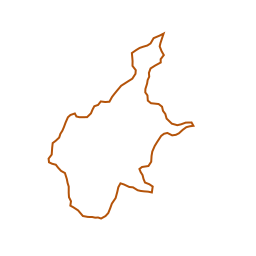 Adelândia, Goiás, Brazil (Natural Earth projection), rotated 214°
{"feature_id": "56859067B13956075802223", "entity_name": "Adelândia", "entity_type": "district", "adm_level": 2, "iso_a3": "BRA", "parent_name": "Brazil", "parent_adm1": "Goiás", "projection": "natural_earth1", "projection_center": [-50.188, -16.386], "detail": "fine", "context": "isolated", "style": "outline", "palette": "amber", "viewbox_px": 256, "rotation_deg": 214, "n_neighbors": 0, "source": "geoboundaries", "source_scale": "gbopen_adm2", "svg_char_len": 1653}
<svg xmlns="http://www.w3.org/2000/svg" viewBox="0 0 256 256"><g transform="rotate(214 128 128)"><path d="M176.7,58.2L174.3,55.4L171.0,55.9L167.3,57.2L163.7,56.0L159.5,55.0L155.1,55.4L150.2,51.5L147.3,48.6L144.4,46.3L140.9,41.1L138.2,37.6L134.3,35.4L132.4,31.4L129.0,31.7L123.3,31.8L116.2,29.8L111.4,31.9L107.9,34.2L105.1,35.3L102.7,37.1L99.7,37.9L97.4,42.4L96.8,46.5L97.9,51.6L99.1,56.3L99.1,63.0L101.0,68.6L102.9,73.5L103.3,77.9L99.9,78.9L94.0,79.8L90.7,81.6L85.2,81.8L82.3,82.9L79.0,84.6L75.7,86.5L72.2,87.9L74.8,93.3L78.9,93.3L83.4,92.3L86.6,94.4L89.6,97.1L92.8,98.5L95.6,100.4L94.6,103.5L89.8,107.9L89.9,113.0L92.9,118.1L94.7,122.1L95.8,128.0L96.0,132.5L96.1,140.0L94.9,143.4L92.6,145.9L87.3,146.6L84.5,149.1L82.8,152.1L81.6,157.1L80.1,161.3L77.7,164.0L75.0,166.4L78.4,168.1L83.1,164.8L86.1,160.7L88.7,157.9L94.1,156.1L101.3,157.4L104.9,160.5L108.6,161.8L111.7,164.7L116.0,165.0L122.8,161.4L126.9,161.8L130.1,165.9L133.6,167.2L135.4,170.1L137.0,175.5L138.5,178.7L139.1,182.4L141.5,185.4L142.6,190.0L140.4,195.0L137.5,200.6L139.4,203.3L139.1,208.5L143.2,210.5L147.4,213.4L148.6,216.6L151.3,226.2L153.3,222.5L157.0,216.8L156.6,210.7L158.1,207.2L161.0,203.7L163.1,200.9L164.8,197.2L166.7,192.3L163.6,188.5L161.6,186.0L159.0,182.0L153.9,180.3L152.1,177.1L152.0,171.3L154.0,166.8L157.3,159.2L158.0,152.6L158.4,148.2L158.6,144.8L158.1,139.4L161.4,136.8L165.4,134.8L165.7,130.4L168.1,127.2L167.7,123.5L166.9,119.4L168.0,114.1L174.3,109.8L177.2,108.7L180.2,110.3L183.0,106.6L183.8,103.3L182.8,97.7L181.6,92.8L180.9,89.1L180.8,85.4L179.7,81.6L180.8,76.9L182.0,73.4L179.9,69.4L176.4,63.3L176.7,58.2Z" fill="none" stroke="#b45309" stroke-width="2"/></g></svg>